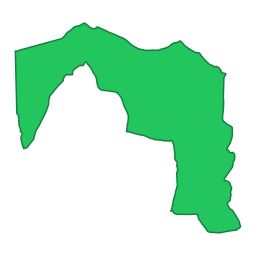 Harf Sufyan, Amran, Yemen
{"feature_id": "15242507B58979028300057", "entity_name": "Harf Sufyan", "entity_type": "district", "adm_level": 2, "iso_a3": "YEM", "parent_name": "Yemen", "parent_adm1": "Amran", "projection": "natural_earth1", "projection_center": [43.96, 16.372], "detail": "fine", "context": "isolated", "style": "filled", "palette": "green", "viewbox_px": 256, "rotation_deg": 0, "n_neighbors": 0, "source": "geoboundaries", "source_scale": "gbopen_adm2", "svg_char_len": 5696}
<svg xmlns="http://www.w3.org/2000/svg" viewBox="0 0 256 256"><path d="M223.3,97.9L223.9,77.7L224.4,76.7L225.7,74.3L225.7,73.6L222.8,73.1L221.3,72.4L221.3,71.3L219.8,68.9L218.4,67.4L217.1,66.8L216.6,66.6L215.8,66.6L214.5,66.8L212.0,65.3L211.3,65.2L210.5,64.9L209.7,64.5L208.9,63.9L208.2,63.2L206.0,61.0L205.2,60.3L204.0,59.0L203.4,58.3L202.2,56.8L201.6,56.1L200.0,53.8L199.3,53.0L198.5,52.7L196.7,52.7L195.9,52.5L195.1,52.3L194.2,52.0L193.5,51.4L192.6,50.9L191.9,50.5L189.4,49.0L186.1,46.7L185.2,46.1L184.5,45.4L183.8,44.6L183.2,43.8L181.4,41.8L180.9,41.5L180.0,40.9L178.7,41.7L177.2,42.4L176.4,42.6L174.3,42.9L173.7,43.1L172.9,43.4L172.5,43.6L171.5,44.4L170.2,45.5L169.3,46.2L168.3,46.8L166.6,47.7L161.7,49.1L158.4,50.1L158.1,50.2L155.8,50.3L153.6,50.1L150.0,50.3L147.5,50.5L145.6,50.3L144.6,50.1L143.2,49.8L141.4,49.5L138.3,48.7L134.8,46.9L133.8,46.3L132.2,45.4L130.2,43.7L127.2,41.0L124.9,39.2L124.1,38.7L122.5,37.9L120.2,37.0L117.0,35.6L116.4,35.3L112.2,33.4L110.9,33.0L109.6,32.6L104.8,30.2L99.7,28.0L98.4,27.4L97.5,26.9L97.2,26.9L97.0,27.4L96.7,27.6L96.3,27.9L95.6,28.3L94.4,28.6L93.9,28.7L92.7,28.5L91.9,28.4L91.2,28.2L90.3,27.6L89.4,26.9L86.1,24.2L85.4,23.5L84.7,23.3L84.3,23.2L83.9,23.3L83.4,23.5L82.6,23.9L82.2,24.1L80.4,25.2L80.0,25.3L79.4,25.6L78.7,25.9L77.5,26.1L76.6,26.3L75.6,26.5L74.4,27.0L73.9,27.4L71.9,29.1L70.4,30.6L70.0,30.8L68.0,32.0L67.5,32.4L67.1,32.7L66.4,33.5L65.4,35.0L64.8,35.8L64.0,36.6L62.2,38.2L61.5,38.7L24.2,48.9L20.6,49.9L18.4,50.7L16.4,51.2L15.4,51.1L15.4,52.7L16.8,113.0L16.9,113.4L17.1,113.8L17.6,114.4L17.9,114.7L18.1,115.1L18.2,115.5L18.4,116.3L18.6,117.1L18.7,117.5L18.8,117.9L18.9,119.5L18.9,120.2L18.7,121.4L18.7,121.8L19.0,122.6L19.0,123.0L19.0,123.4L19.0,124.2L19.0,125.0L19.1,125.4L19.3,126.1L19.9,127.6L20.0,128.0L20.3,128.8L20.5,129.6L20.6,130.0L20.6,130.4L20.4,131.2L20.5,131.6L20.7,131.9L21.0,132.1L21.3,132.3L21.9,132.9L22.0,133.2L22.2,133.5L22.2,134.0L22.1,134.4L22.0,134.7L21.8,135.1L21.6,135.4L21.3,136.2L21.1,137.0L21.0,137.8L21.0,138.7L21.1,139.2L21.1,139.6L22.3,144.4L23.2,147.3L23.4,147.8L23.9,148.6L27.0,147.6L33.6,139.2L35.6,131.5L39.2,125.4L46.3,111.1L48.6,104.4L48.7,100.6L49.5,96.6L50.5,95.3L52.5,92.7L54.6,90.1L56.9,87.4L58.5,85.5L61.2,82.8L62.2,81.9L63.2,80.6L63.5,78.8L64.2,76.7L65.5,75.5L66.2,74.3L67.4,74.8L69.0,74.9L69.9,74.6L70.8,74.6L71.9,74.9L72.7,74.2L72.5,73.0L72.8,71.1L73.6,70.2L74.8,68.9L75.7,68.1L77.2,67.5L77.9,66.5L78.8,65.7L79.9,65.9L81.3,65.2L82.9,65.7L84.0,64.2L84.9,62.4L85.9,62.0L87.3,63.5L88.3,64.9L89.0,65.6L90.1,67.0L91.1,68.6L92.1,70.2L92.9,71.9L93.7,73.5L95.0,75.2L95.6,76.3L96.2,78.0L96.6,79.7L96.8,80.8L96.9,81.9L97.2,83.8L97.7,85.7L98.1,86.9L99.1,88.3L100.3,89.5L101.3,90.0L103.0,90.1L104.0,90.5L104.9,90.6L106.0,90.6L107.7,90.7L110.3,91.2L112.1,91.4L113.7,91.7L115.2,92.0L116.4,92.0L117.4,93.3L119.0,94.4L120.0,95.9L120.9,97.4L121.8,98.9L123.0,102.4L123.5,104.1L123.9,105.5L124.6,107.2L126.3,110.6L127.1,112.3L128.2,115.1L128.3,116.3L128.3,118.2L128.2,119.8L128.0,121.6L127.5,123.8L127.3,125.6L127.2,126.8L126.9,128.7L126.8,129.9L126.6,131.6L128.8,131.8L129.9,132.1L135.8,133.8L136.9,134.0L139.0,134.6L139.9,134.8L141.5,135.1L143.5,135.4L145.1,136.0L146.0,136.3L146.9,136.7L147.7,137.2L149.8,138.1L153.1,138.9L154.3,139.5L156.5,139.8L159.5,140.0L160.7,140.1L161.9,140.3L163.6,140.7L166.5,140.8L168.6,140.9L169.8,141.2L171.3,140.2L172.7,142.3L173.4,144.0L173.7,145.3L174.0,146.5L174.1,147.7L174.1,148.8L174.5,150.7L174.9,155.1L174.9,155.9L175.0,156.3L174.9,156.9L174.6,158.0L175.2,159.7L175.7,160.4L176.1,161.1L177.1,162.1L177.2,163.2L176.7,165.6L177.3,167.4L177.5,169.3L177.6,170.9L176.6,172.6L176.8,173.8L176.9,175.7L176.8,177.0L177.0,178.2L177.1,179.8L177.0,182.1L177.3,183.2L177.4,184.3L177.3,185.5L177.0,186.6L176.6,187.9L176.2,190.0L175.6,191.1L175.6,192.1L175.2,194.0L175.0,195.0L174.2,197.5L173.8,198.7L173.2,201.0L173.0,203.1L172.8,204.3L172.3,206.2L172.1,207.4L171.7,208.6L171.4,209.8L171.0,210.7L170.8,211.0L172.6,211.0L173.5,212.9L176.5,214.3L177.6,214.3L179.4,214.4L183.6,214.3L184.7,214.4L186.3,214.4L187.5,214.4L190.2,214.5L191.4,214.4L194.5,214.1L196.2,214.2L197.1,214.4L197.8,215.3L198.3,217.4L198.6,218.6L199.5,220.2L200.7,221.8L201.7,223.4L202.7,224.8L203.6,225.7L204.4,226.7L205.5,228.2L206.0,229.1L206.7,229.9L207.7,231.4L209.9,232.2L219.5,232.8L230.7,230.7L236.2,230.1L239.5,227.9L240.6,226.5L240.3,225.9L239.2,221.8L238.6,220.4L237.8,219.1L237.3,218.3L235.9,215.7L234.5,213.7L233.7,212.4L232.5,210.4L231.9,210.0L230.4,209.0L230.1,208.7L228.8,207.6L228.7,206.7L228.3,205.7L227.7,205.2L227.4,204.3L227.6,203.4L228.0,202.5L229.2,201.1L229.9,200.7L230.4,199.7L230.4,198.7L230.1,197.8L230.5,196.9L230.9,196.2L231.0,195.2L230.9,194.4L230.6,193.2L230.7,191.4L230.9,190.9L231.3,189.8L231.6,188.4L231.5,187.6L230.8,186.0L230.0,183.8L229.5,182.3L227.9,181.7L226.5,180.8L225.3,180.5L224.8,180.4L224.1,179.7L224.3,178.7L224.6,178.4L228.4,172.9L232.1,167.6L232.5,166.8L232.8,165.9L232.9,164.0L233.0,163.0L233.2,162.0L233.7,161.2L234.1,160.3L234.1,160.2L234.5,159.9L234.7,158.3L234.7,156.2L234.5,154.2L234.4,153.9L232.9,152.5L232.0,152.4L231.2,152.7L230.3,152.7L229.5,152.2L229.1,151.8L229.1,151.6L228.7,150.8L228.1,150.0L227.0,149.9L226.8,150.0L226.9,149.1L227.2,148.2L227.7,147.3L229.1,144.9L229.6,144.1L230.1,143.3L230.4,142.4L230.8,141.3L231.8,138.2L232.0,137.2L232.3,135.2L232.3,133.3L232.4,132.2L232.4,130.0L232.3,128.0L232.0,127.1L231.3,126.5L230.5,126.1L229.8,125.7L228.1,124.8L226.5,123.8L225.8,123.2L225.1,122.6L224.4,122.0L223.7,121.2L223.2,120.4L222.7,119.5L222.4,118.5L222.5,117.5L222.8,114.6L223.0,112.6L223.2,110.4L223.4,108.3L223.5,107.3L223.5,106.4L223.6,104.5L223.6,101.3L223.6,100.3L223.6,99.4L223.4,98.4L223.3,97.9Z" fill="#22c55e" stroke="#15803d" stroke-width="1.5"/></svg>